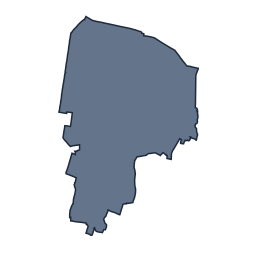 outline of Vladaia, Mehedinti, Romania, rotated 93°
{"feature_id": "2599482B98574489737850", "entity_name": "Vladaia", "entity_type": "district", "adm_level": 2, "iso_a3": "ROU", "parent_name": "Romania", "parent_adm1": "Mehedinti", "projection": "robinson", "projection_center": [23.037, 44.369], "detail": "fine", "context": "isolated", "style": "filled", "palette": "slate", "viewbox_px": 256, "rotation_deg": 93, "n_neighbors": 0, "source": "geoboundaries", "source_scale": "gbopen_adm2", "svg_char_len": 5745}
<svg xmlns="http://www.w3.org/2000/svg" viewBox="0 0 256 256"><g transform="rotate(93 128 128)"><path d="M223.8,180.3L223.9,178.7L224.3,175.5L224.6,170.8L224.7,168.9L225.2,164.6L226.3,164.7L226.6,163.9L226.7,163.7L227.0,163.5L227.5,163.5L227.6,163.4L227.7,162.9L227.9,162.7L228.1,162.7L228.7,162.7L231.4,163.5L235.3,164.4L235.4,163.4L235.9,161.6L236.2,161.0L236.4,160.5L237.0,159.7L237.1,159.4L237.1,159.0L236.9,158.4L235.8,157.9L231.6,156.8L229.8,156.5L229.5,156.5L229.3,156.2L230.7,155.7L231.8,155.1L232.2,154.9L232.7,154.4L232.9,154.1L233.0,153.8L233.1,153.2L233.3,152.6L233.4,151.9L233.5,151.0L233.8,148.1L232.5,147.6L230.7,146.8L230.8,145.3L230.0,145.0L228.3,144.5L226.9,144.3L225.9,144.4L225.2,144.8L224.4,145.9L223.9,146.2L222.6,146.6L221.6,147.0L221.3,147.2L221.1,147.5L220.5,147.4L219.4,147.1L218.4,146.7L217.8,145.8L217.2,145.5L215.6,145.0L215.2,144.9L214.5,144.7L213.7,144.3L213.3,144.1L212.2,143.8L210.9,143.6L211.7,141.7L211.9,141.4L212.7,139.1L212.7,138.1L213.7,135.5L214.2,134.2L214.6,133.3L214.9,132.1L215.2,131.9L215.6,131.8L214.1,131.4L210.8,130.6L207.3,129.7L204.3,128.9L203.9,127.3L203.7,126.2L204.5,126.2L203.0,125.5L203.0,125.4L203.4,124.9L203.3,124.5L203.2,123.7L202.7,121.2L202.4,120.4L202.2,119.2L201.4,119.2L198.0,118.1L196.5,117.7L193.0,117.2L191.4,117.1L189.4,117.2L188.3,117.3L187.9,117.3L186.0,118.0L183.8,118.3L180.5,118.6L177.9,118.6L173.3,118.3L172.3,118.4L171.8,118.6L169.7,119.0L168.6,119.3L168.0,119.6L167.1,119.8L166.3,119.9L164.4,119.9L160.4,119.6L158.1,118.4L156.7,117.7L156.2,117.3L156.2,116.7L156.1,115.9L155.1,112.0L154.4,108.7L154.0,108.0L153.2,107.3L153.0,107.0L152.6,106.4L152.4,106.0L152.3,104.4L152.0,103.1L151.8,102.6L151.7,101.2L151.3,100.0L151.4,99.5L151.6,98.8L152.5,97.0L153.3,95.1L153.8,94.3L152.7,93.5L151.7,92.4L150.9,92.0L150.7,91.8L150.9,91.4L152.1,89.8L152.2,89.5L152.6,88.5L153.2,88.6L153.6,87.4L156.4,87.5L157.1,83.2L153.5,83.2L152.0,83.3L151.3,83.2L149.3,82.7L148.7,82.4L147.4,81.7L144.2,80.0L136.5,76.0L136.0,75.8L136.4,74.9L136.6,74.5L136.6,74.3L136.7,74.1L136.8,74.0L137.1,74.0L137.5,74.2L138.2,74.4L138.7,74.6L139.0,74.7L140.3,74.7L140.5,74.7L140.7,74.3L140.7,73.9L140.9,72.5L140.9,71.9L140.8,71.6L140.1,71.5L139.5,71.4L138.0,70.4L137.3,70.3L137.5,69.1L137.4,68.8L137.4,68.6L137.2,68.4L137.3,67.2L137.5,67.1L137.6,66.8L137.6,66.7L137.4,66.7L137.0,66.0L136.8,66.0L136.4,65.6L135.2,65.2L134.0,65.2L133.7,65.4L133.8,64.7L134.1,64.4L134.4,64.3L134.5,64.1L134.8,63.8L134.9,63.4L135.1,62.1L135.2,61.4L135.6,60.7L136.2,59.8L136.4,59.6L136.8,59.3L137.1,59.2L133.0,58.6L131.4,58.2L130.9,58.2L130.1,58.4L128.9,59.0L128.4,59.2L127.7,59.3L125.6,59.5L124.8,59.7L124.6,59.9L123.4,61.0L123.1,61.1L121.3,61.0L120.9,60.9L120.7,60.8L120.5,60.5L120.2,60.0L119.8,59.5L119.6,59.3L118.2,58.9L117.5,59.0L116.3,59.4L114.9,58.9L113.8,58.8L112.6,58.8L111.7,59.1L111.5,58.9L111.3,58.9L110.5,59.3L109.3,59.2L108.7,59.6L108.2,59.7L107.8,59.4L107.6,59.3L107.5,59.8L107.5,60.1L107.2,60.3L106.8,60.0L106.0,59.7L105.6,59.7L104.9,60.2L104.6,60.8L103.8,61.9L100.4,61.9L75.6,62.9L71.4,63.0L66.0,61.2L65.0,60.9L64.7,61.0L64.7,61.6L64.1,64.5L64.0,65.4L63.7,67.2L63.6,67.4L63.4,68.3L63.0,70.6L63.1,72.1L62.9,72.5L62.7,72.8L61.2,74.0L59.2,75.8L57.9,77.0L57.0,77.6L55.8,78.7L55.6,79.1L54.8,79.7L53.9,80.2L47.8,85.5L45.8,89.7L41.7,97.4L40.0,100.4L36.7,106.1L36.3,107.6L35.9,109.4L35.7,111.0L35.3,113.2L35.2,115.2L35.0,117.2L34.7,117.2L33.2,117.0L32.7,118.4L32.6,119.3L31.7,119.4L31.4,119.8L31.1,120.4L30.8,121.8L29.9,124.9L29.1,128.4L28.9,129.2L28.7,130.3L28.5,131.1L27.7,136.2L27.1,140.4L25.4,150.6L24.9,154.1L23.8,160.5L23.5,163.2L22.6,168.4L22.5,168.5L22.1,169.8L20.6,172.7L19.6,174.4L19.6,174.7L19.4,175.1L18.9,175.8L21.4,176.9L22.1,177.0L21.9,177.5L22.7,178.4L23.7,179.6L25.3,181.2L26.6,182.4L28.6,184.0L30.3,185.3L32.5,187.3L34.3,188.5L35.3,189.1L36.0,189.9L36.7,190.1L37.6,190.1L41.8,190.6L43.0,190.7L43.3,190.8L44.6,191.0L45.4,190.9L51.1,191.5L53.0,191.5L55.0,191.8L56.8,191.9L58.2,192.2L60.2,192.3L64.2,192.6L65.7,192.9L74.0,193.6L74.9,193.7L75.4,193.8L75.9,193.2L76.1,193.4L76.5,193.6L76.8,193.7L77.1,193.9L78.4,194.0L79.7,194.2L80.4,194.1L81.0,194.1L81.7,194.3L82.7,194.4L85.5,194.7L86.4,194.7L87.0,194.9L88.5,195.1L89.9,195.2L90.5,195.3L93.3,195.6L95.6,195.7L97.6,196.0L102.7,196.2L103.6,196.4L105.8,196.6L108.4,196.8L109.8,197.1L111.6,197.2L113.5,197.4L114.6,197.5L114.9,197.7L115.8,197.8L116.7,190.1L115.3,190.0L115.3,188.0L115.5,185.7L115.6,184.4L122.4,184.9L126.3,185.2L129.5,185.6L129.4,186.8L129.1,188.4L129.1,189.9L129.0,190.6L129.0,191.2L131.7,191.4L134.9,191.8L140.7,192.4L141.1,192.4L141.5,192.2L142.5,191.4L143.3,190.7L143.9,190.2L144.3,189.6L145.2,188.8L147.5,186.7L148.9,185.2L149.5,184.5L149.2,183.9L148.9,182.9L148.6,182.1L148.4,181.1L148.4,180.6L148.1,179.8L147.9,178.3L147.5,176.2L147.2,175.5L152.3,175.2L152.7,176.1L153.1,177.1L153.3,177.3L153.2,177.3L154.0,178.9L154.0,179.5L154.0,179.9L154.5,179.6L154.9,179.2L156.3,179.6L156.7,179.4L157.2,179.3L156.9,180.0L156.1,182.6L170.7,186.0L171.0,186.2L172.0,186.4L173.2,186.7L174.1,187.0L174.9,187.4L175.4,187.5L175.8,187.6L176.3,187.5L176.8,187.5L177.0,187.1L178.4,182.6L180.4,177.1L180.8,177.2L181.5,177.3L182.3,177.4L182.9,177.5L183.8,177.7L184.9,177.8L185.3,178.3L185.5,178.3L185.9,178.2L186.4,178.3L187.3,178.8L188.6,178.3L189.1,178.4L190.3,177.8L191.7,177.2L193.4,177.2L196.0,177.5L197.2,177.7L198.7,178.1L201.8,178.7L205.3,178.8L205.7,178.7L205.9,178.8L205.9,178.7L206.1,178.7L206.3,178.9L206.5,179.0L206.4,179.1L206.5,179.2L206.8,179.1L207.1,179.2L208.0,179.9L208.6,180.0L208.9,180.2L209.0,180.3L209.5,180.2L209.8,180.4L209.8,180.5L212.5,181.3L212.8,181.5L213.1,181.6L213.8,181.5L216.6,181.7L217.9,181.7L220.2,181.6L220.4,181.5L220.4,181.3L220.6,181.2L220.3,180.6L223.8,180.3Z" fill="#64748b" stroke="#1e293b" stroke-width="1.5"/></g></svg>